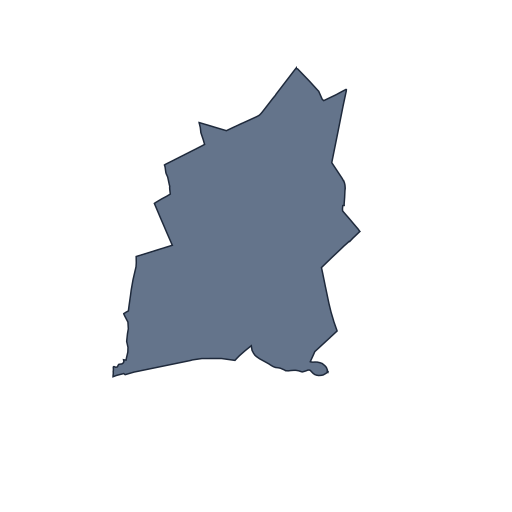 Subate, Ilukstes, Latvia (Mercator projection), rotated 131°
{"feature_id": "27541924B14996624872646", "entity_name": "Subate", "entity_type": "district", "adm_level": 2, "iso_a3": "LVA", "parent_name": "Latvia", "parent_adm1": "Ilukstes", "projection": "mercator", "projection_center": [25.914, 56.009], "detail": "fine", "context": "isolated", "style": "filled", "palette": "slate", "viewbox_px": 512, "rotation_deg": 131, "n_neighbors": 0, "source": "geoboundaries", "source_scale": "gbopen_adm2", "svg_char_len": 3200}
<svg xmlns="http://www.w3.org/2000/svg" viewBox="0 0 512 512"><g transform="rotate(131 256 256)"><path d="M440.9,284.7L437.6,282.9L431.5,278.7L431.4,276.9L423.5,271.8L419.1,268.4L418.8,268.2L378.1,237.1L377.8,236.9L376.1,235.8L368.9,229.6L356.0,214.8L348.6,203.4L345.3,203.3L342.2,203.1L339.8,202.8L335.3,202.2L333.5,201.9L328.4,201.0L326.8,200.7L329.8,197.1L331.0,194.0L331.6,191.6L331.6,189.6L331.2,185.8L330.3,181.7L329.6,178.5L329.0,175.6L328.6,172.6L328.1,170.2L327.3,168.1L325.7,165.8L324.7,164.0L323.3,159.6L323.2,158.5L321.5,156.3L319.6,154.6L317.5,152.5L316.1,150.9L314.6,148.4L313.6,145.9L313.0,144.9L311.3,143.8L310.0,143.0L308.1,142.0L307.2,141.1L306.7,140.0L306.9,138.3L307.1,135.7L306.9,133.9L306.2,132.1L305.1,130.3L303.4,128.6L301.8,127.3L299.3,126.4L297.1,125.8L296.8,125.3L295.9,125.8L296.1,126.3L296.2,126.8L295.3,127.2L294.8,128.1L293.9,129.9L293.6,132.1L293.7,135.5L294.6,137.8L295.9,140.2L297.4,142.0L298.9,143.5L300.1,145.4L300.2,145.7L299.5,145.9L292.4,148.0L289.6,148.9L268.8,146.6L268.5,146.6L265.9,146.3L259.4,145.6L258.9,146.4L254.3,154.5L253.8,155.2L249.1,162.6L244.0,169.8L233.9,183.1L233.6,183.6L233.4,183.8L232.7,184.7L225.4,194.2L221.8,199.0L207.7,197.8L194.4,196.5L190.9,196.2L187.3,195.7L183.8,195.3L183.7,194.8L179.0,194.6L169.3,193.7L169.3,194.2L168.7,196.4L168.0,201.2L166.7,209.5L165.2,220.1L163.9,221.5L161.0,223.6L160.0,222.6L159.2,223.4L153.7,227.5L148.4,231.7L146.4,233.1L144.3,235.2L144.0,235.5L143.9,235.7L143.0,236.9L142.5,237.7L141.7,239.2L141.9,239.3L140.9,241.9L136.0,259.6L135.8,260.1L116.8,270.9L107.3,276.3L97.9,281.7L97.2,282.1L85.5,288.8L72.3,296.1L71.1,297.0L71.3,297.4L75.4,299.0L82.3,301.6L85.5,303.0L94.3,306.8L94.3,308.8L91.0,315.8L90.5,316.8L90.5,317.6L89.0,330.3L87.5,347.4L88.2,348.4L87.6,349.0L90.1,348.9L121.0,347.0L121.7,346.8L122.6,346.7L123.2,346.8L123.4,346.8L123.7,346.8L124.1,346.7L126.1,346.7L127.8,346.6L143.6,345.7L145.7,345.7L147.0,345.8L147.7,345.9L149.1,346.4L150.4,346.9L164.7,353.4L165.0,353.6L172.4,356.9L172.7,357.0L172.9,357.1L173.8,357.5L174.0,357.6L180.7,360.5L180.9,360.6L181.0,360.9L192.6,386.5L192.9,386.2L193.3,385.5L195.6,382.3L199.1,378.5L200.8,375.6L202.8,372.2L205.5,368.0L208.7,369.2L245.3,384.1L246.3,384.5L247.4,384.8L248.2,383.4L249.0,382.4L250.6,380.6L251.9,379.1L252.8,377.8L253.8,375.6L254.4,374.4L255.8,372.5L257.4,370.4L259.2,368.0L259.9,366.9L261.2,365.9L262.5,364.6L264.2,362.7L265.5,361.3L269.5,362.6L274.4,364.5L278.3,365.8L279.9,366.3L280.8,366.6L282.5,367.1L283.0,367.2L288.1,356.8L288.7,355.6L291.7,349.4L292.3,348.1L297.1,338.2L302.8,326.2L335.0,346.1L339.8,341.8L342.4,339.8L342.8,339.5L354.5,333.3L357.0,331.8L363.5,327.9L368.0,324.9L376.2,319.6L381.2,316.3L383.6,317.2L386.3,318.0L386.4,317.9L386.8,317.0L386.9,316.8L387.4,315.7L389.9,309.3L394.7,304.6L399.0,302.0L405.3,297.6L409.0,292.6L412.6,289.7L417.9,286.9L419.8,285.8L421.0,287.5L421.2,287.9L422.4,286.4L423.4,286.1L424.2,286.1L425.4,286.4L427.1,287.9L427.9,288.5L428.1,288.5L429.5,288.2L430.1,288.0L430.3,288.0L430.6,288.0L431.1,288.1L432.0,288.9L432.6,290.6L432.8,290.8L433.1,290.9L433.6,290.7L434.1,290.2L435.6,288.8L436.7,288.1L438.2,286.7L440.3,285.2L440.9,284.7Z" fill="#64748b" stroke="#1e293b" stroke-width="1.5"/></g></svg>